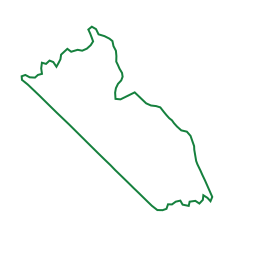 outline of Guarujá do Sul, Santa Catarina, Brazil, rotated 228°
{"feature_id": "56859067B52966542395998", "entity_name": "Guarujá do Sul", "entity_type": "district", "adm_level": 2, "iso_a3": "BRA", "parent_name": "Brazil", "parent_adm1": "Santa Catarina", "projection": "robinson", "projection_center": [-53.479, -26.4], "detail": "fine", "context": "isolated", "style": "outline", "palette": "green", "viewbox_px": 256, "rotation_deg": 228, "n_neighbors": 0, "source": "geoboundaries", "source_scale": "gbopen_adm2", "svg_char_len": 1353}
<svg xmlns="http://www.w3.org/2000/svg" viewBox="0 0 256 256"><g transform="rotate(228 128 128)"><path d="M20.4,144.5L37.4,150.1L43.8,152.0L47.7,153.3L54.6,155.3L57.9,156.6L67.5,162.7L70.3,165.0L74.6,166.8L80.3,169.2L85.9,169.3L90.6,166.0L96.3,165.4L100.8,165.4L104.3,165.8L107.7,165.2L111.7,165.2L116.2,165.4L121.7,165.8L125.4,163.6L129.4,160.1L134.2,158.0L138.2,157.7L150.0,156.8L154.3,141.6L158.0,138.2L162.9,142.1L165.7,145.7L167.5,150.1L167.9,154.8L169.7,158.3L172.9,160.4L177.8,161.4L181.7,162.7L185.2,163.7L189.2,167.5L193.5,170.7L198.6,172.0L203.0,174.6L206.8,174.0L212.0,172.0L217.3,168.8L222.9,170.4L227.5,168.9L227.7,164.4L223.5,163.1L219.1,161.4L215.7,160.0L214.5,155.7L214.5,150.5L216.1,145.7L219.8,142.9L222.7,136.8L227.4,135.9L227.3,127.4L224.3,123.8L222.7,119.6L221.4,115.8L227.0,116.6L230.6,114.8L230.5,110.0L234.1,107.7L230.4,103.4L225.8,100.3L227.7,96.6L227.7,92.6L231.4,88.9L236.1,87.2L237.6,83.6L234.7,81.4L227.4,82.6L211.8,83.8L196.7,84.7L187.1,85.3L180.6,85.8L170.0,86.6L145.1,88.0L129.6,88.9L120.3,89.5L112.1,90.1L105.6,90.3L92.5,91.2L86.4,91.6L79.5,92.0L71.2,92.6L59.8,93.3L54.2,93.7L47.4,94.9L43.8,98.7L42.2,102.5L44.5,106.7L41.8,109.5L41.3,114.2L39.0,118.3L34.5,117.3L29.5,121.0L32.0,124.5L28.8,129.3L24.1,130.5L24.5,135.5L27.6,139.0L22.9,140.3L18.4,140.3L20.4,144.5Z" fill="none" stroke="#15803d" stroke-width="2"/></g></svg>